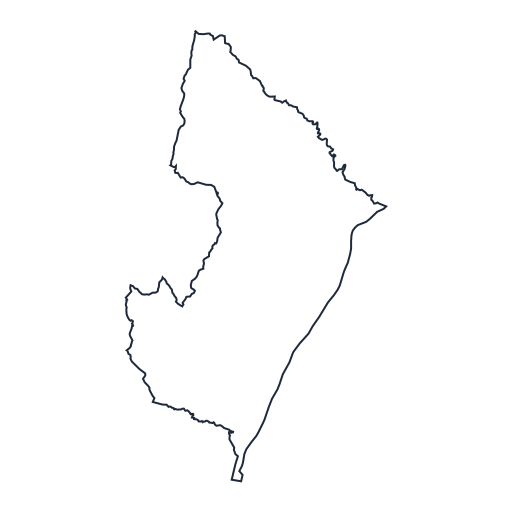 Dubova, Mehedinti, Romania
{"feature_id": "2599482B77671592259888", "entity_name": "Dubova", "entity_type": "district", "adm_level": 2, "iso_a3": "ROU", "parent_name": "Romania", "parent_adm1": "Mehedinti", "projection": "orthographic", "projection_center": [22.168, 44.612], "detail": "fine", "context": "isolated", "style": "outline", "palette": "slate", "viewbox_px": 512, "rotation_deg": 0, "n_neighbors": 0, "source": "geoboundaries", "source_scale": "gbopen_adm2", "svg_char_len": 6054}
<svg xmlns="http://www.w3.org/2000/svg" viewBox="0 0 512 512"><path d="M184.7,80.8L182.9,83.8L181.4,88.1L182.3,91.0L183.7,92.7L184.2,93.7L184.3,94.5L184.1,96.3L183.5,98.8L180.8,106.0L179.9,109.3L180.8,111.3L180.2,112.8L182.4,116.5L184.3,118.9L184.6,120.7L184.5,122.7L184.1,123.9L183.2,125.4L180.8,126.6L178.7,129.8L176.5,140.8L175.6,142.4L174.1,146.4L173.9,150.3L173.3,152.6L173.6,153.7L172.6,157.2L172.6,158.5L171.3,161.0L171.1,164.5L170.3,165.3L173.7,167.0L175.0,167.0L175.9,166.0L175.8,169.0L174.7,170.4L175.2,172.7L175.9,173.0L177.8,172.8L180.7,177.6L182.4,177.2L183.4,177.7L184.5,178.6L186.3,181.5L188.3,182.3L190.2,183.8L191.6,184.2L194.0,184.0L197.7,182.3L206.2,184.8L211.0,184.9L214.3,186.8L216.4,192.4L217.4,192.4L218.0,193.1L217.8,193.7L216.8,193.8L217.5,195.9L219.7,198.7L220.1,200.6L220.5,201.2L222.4,203.2L221.0,205.9L218.4,209.2L216.6,212.9L216.2,214.5L217.1,219.0L217.7,220.1L217.4,222.7L217.5,225.3L219.0,227.7L219.9,228.3L220.2,230.2L220.9,232.3L217.6,237.8L217.1,241.3L216.2,243.4L214.9,243.2L214.8,243.9L212.8,245.5L212.3,246.6L212.5,248.4L211.0,250.0L210.4,251.3L209.2,252.5L209.0,256.3L204.2,259.1L203.4,260.7L204.0,263.7L203.1,266.9L203.4,268.7L200.4,269.7L198.8,270.8L197.4,275.2L196.4,277.1L195.0,278.7L191.8,281.0L190.8,285.1L191.1,287.7L191.5,288.3L193.5,289.4L194.9,290.7L194.7,291.3L193.7,293.1L191.8,293.9L190.1,296.5L186.4,296.8L185.4,299.2L182.6,302.8L183.4,304.5L182.2,306.4L177.9,303.7L175.9,301.6L176.6,300.4L176.5,298.9L175.8,297.4L174.7,296.3L173.7,294.3L172.5,293.0L171.8,289.5L170.1,287.5L169.6,286.3L168.3,284.7L166.8,283.5L166.2,281.6L164.8,279.3L163.5,278.5L162.6,277.4L161.9,279.7L159.3,282.3L158.8,287.0L158.0,289.1L157.9,290.6L157.5,291.5L155.7,292.6L152.5,292.7L148.9,294.7L147.0,294.3L144.4,294.6L142.1,294.3L139.2,291.6L137.3,288.9L134.9,288.5L133.1,286.2L130.6,285.2L130.2,287.3L130.3,288.9L131.3,291.5L125.8,297.7L127.2,299.8L126.3,300.5L126.6,301.6L125.8,304.3L126.1,306.0L126.7,307.5L126.3,309.4L126.6,314.0L127.6,316.8L129.1,319.5L130.4,320.7L131.6,320.2L132.5,320.8L132.9,321.3L132.4,323.2L132.1,323.5L132.4,323.8L132.3,324.4L133.1,325.3L133.0,325.8L132.7,326.1L132.1,326.0L131.5,328.9L129.8,333.1L129.7,334.5L130.2,336.2L132.5,340.4L131.8,341.7L131.6,343.3L130.8,345.1L131.0,345.9L129.8,347.8L126.8,350.3L127.2,350.5L127.9,351.9L128.4,353.7L130.4,355.1L130.7,357.0L130.4,358.5L131.8,361.5L139.5,369.1L145.2,373.4L145.3,375.5L143.0,378.8L144.7,382.3L148.2,385.9L149.5,387.8L149.4,389.4L150.1,391.1L152.6,395.8L154.4,398.1L152.8,402.0L162.7,404.6L166.6,404.7L168.5,406.8L168.9,406.5L170.8,406.7L171.7,407.6L173.6,408.1L174.0,409.1L174.4,409.4L175.4,409.0L177.3,409.6L179.5,409.5L181.4,409.3L182.7,408.6L184.0,408.7L185.0,410.5L185.7,410.8L187.3,410.3L189.0,411.6L190.5,413.9L190.8,413.6L191.4,414.2L192.7,413.8L193.2,414.0L193.4,415.0L192.6,415.8L191.9,417.5L194.3,417.9L194.4,418.2L194.0,418.5L194.0,419.1L196.4,419.3L197.4,419.8L198.3,420.4L198.6,421.4L201.2,421.5L201.9,421.1L202.8,422.1L203.2,421.6L204.8,421.6L206.0,420.8L206.8,420.7L208.9,421.7L209.2,422.5L212.7,423.0L213.5,422.3L214.2,422.7L214.6,424.0L215.4,425.0L216.4,425.7L220.3,425.2L222.2,426.3L224.0,428.0L229.2,429.7L230.0,430.7L233.1,431.8L233.0,432.3L231.2,432.8L229.0,432.4L229.1,434.0L230.0,435.5L229.5,437.0L229.5,439.4L234.2,447.6L233.9,449.8L235.4,454.1L237.9,456.2L235.4,464.2L231.7,479.7L241.1,481.3L242.6,474.9L239.3,471.1L242.0,465.9L243.0,462.4L244.4,453.9L246.4,449.1L251.4,442.1L256.3,436.0L258.6,431.9L262.9,423.2L264.4,419.9L268.8,407.0L272.0,398.8L277.4,389.5L279.5,384.3L282.8,374.3L289.4,362.4L292.6,353.7L293.6,351.6L299.8,343.3L308.4,333.8L312.7,326.2L319.2,316.9L327.9,302.5L334.1,294.9L337.8,289.5L339.7,285.7L343.6,272.7L344.7,269.7L347.8,262.7L350.1,254.1L351.1,248.5L351.1,241.1L351.4,236.0L351.9,233.2L352.9,230.4L355.4,227.2L357.8,225.1L366.2,221.8L369.5,219.2L377.2,211.8L383.6,208.9L386.2,206.4L379.2,203.6L377.5,202.5L376.1,203.3L374.1,203.6L372.8,201.2L371.3,199.7L371.3,197.5L372.0,196.7L372.2,195.1L369.9,195.3L369.1,195.8L368.2,195.2L367.6,195.1L365.6,192.6L361.7,189.7L360.2,190.2L359.6,190.1L357.3,188.9L356.6,189.7L356.2,189.5L356.5,188.2L355.1,185.5L354.7,183.2L350.6,182.1L345.3,179.6L344.6,177.5L344.7,176.8L343.5,175.1L342.5,172.2L344.1,169.8L344.9,167.9L345.4,165.7L345.2,164.8L344.3,164.9L343.8,165.4L341.9,169.2L339.1,169.3L337.4,170.8L337.0,170.9L336.5,170.5L336.1,169.6L334.4,167.8L334.0,166.4L334.1,162.3L333.5,160.9L333.5,158.1L333.8,157.3L335.4,155.8L334.8,154.9L333.8,154.5L333.3,155.0L332.7,156.4L332.2,156.3L329.5,153.0L329.7,152.1L332.3,150.9L332.9,150.2L333.1,149.3L331.2,148.4L330.1,146.6L328.2,146.4L327.4,145.9L326.9,145.0L326.7,143.6L327.0,139.7L326.4,138.9L325.6,138.6L324.7,138.8L323.6,139.5L322.1,139.9L319.0,138.1L317.9,136.8L320.2,134.6L320.4,134.0L320.1,133.5L319.5,133.3L317.9,133.3L317.8,132.9L318.5,132.0L318.5,131.5L319.2,130.0L319.0,129.1L318.4,128.6L317.5,129.1L317.0,129.0L316.8,128.6L317.5,125.3L317.5,122.8L317.4,122.5L316.9,122.5L315.7,124.2L313.4,124.4L312.7,124.0L312.5,123.3L313.2,122.1L313.0,121.5L312.5,121.2L309.4,121.3L307.3,120.4L306.7,118.7L304.8,118.0L304.1,117.3L303.7,115.5L302.5,113.8L298.4,112.1L298.1,111.4L298.0,110.4L297.3,109.3L296.9,107.2L292.9,106.5L291.9,105.7L290.6,105.2L289.1,105.3L287.9,103.2L286.8,102.6L285.9,100.5L283.8,101.5L282.4,102.7L281.6,102.4L280.9,101.5L274.8,100.1L274.4,99.6L274.8,96.5L270.1,96.7L268.8,96.4L266.4,94.8L264.5,92.6L264.3,91.7L263.4,91.0L263.5,89.4L263.8,88.8L263.7,87.9L262.6,86.5L262.6,85.9L262.0,85.6L259.9,81.0L255.7,78.0L253.3,78.3L251.9,75.7L251.2,75.3L251.0,74.5L250.8,71.9L250.2,69.5L245.9,65.7L239.1,62.5L238.5,59.8L236.7,58.6L235.6,56.4L232.9,54.9L230.2,51.9L230.7,50.4L230.6,49.5L230.9,47.9L230.7,46.8L228.6,43.9L227.6,43.9L225.1,43.1L224.7,36.2L221.7,35.3L219.8,35.5L213.7,39.6L212.9,36.0L210.4,34.8L209.8,33.6L208.2,33.5L203.3,34.2L198.6,33.9L195.0,30.7L195.6,32.3L195.5,33.0L194.7,34.5L194.8,36.1L194.2,40.0L192.4,46.3L192.3,49.7L191.7,50.3L191.3,52.7L191.6,55.7L190.3,59.5L190.3,67.8L187.9,69.8L185.8,74.4L184.5,75.9L183.6,78.8L184.7,80.8Z" fill="none" stroke="#1e293b" stroke-width="2"/></svg>